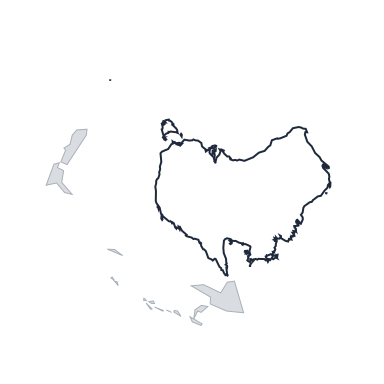 Australia highlighted on a map of Oceania, rotated 164°
{"feature_id": "AUS", "entity_name": "Australia", "entity_type": "country or territory", "adm_level": 0, "iso_a3": "AUS", "parent_name": "Oceania", "parent_adm1": "", "projection": "robinson", "projection_center": [137.073, -32.4], "detail": "fine", "context": "in_parent", "style": "outline", "palette": "slate", "viewbox_px": 384, "rotation_deg": 164, "n_neighbors": 5, "source": "natural_earth", "source_scale": "50m", "svg_char_len": 7338}
<svg xmlns="http://www.w3.org/2000/svg" viewBox="0 0 384 384"><g transform="rotate(164 192 192)"><path d="M175.7,61.7L191.7,68.1L205.3,79.3L203.2,85.9L218.6,102.0L206.3,99.7L192.3,87.1L182.9,95.6L175.8,94.6L175.7,61.7ZM227.5,67.0L228.3,72.6L218.7,62.4L220.0,61.2L227.5,67.0ZM221.5,78.0L214.4,80.4L208.3,77.6L216.4,73.8L219.3,76.1L225.3,69.5L221.5,78.0ZM236.9,75.5L242.5,81.6L241.8,83.0L238.7,81.6L236.9,75.5Z" fill="#d9dde1" stroke="#a8b0b8" stroke-width="1"/><path d="M291.0,128.8L293.7,131.7L292.2,132.3L291.0,128.8ZM291.3,128.0L288.7,126.2L288.7,122.4L291.3,128.0Z" fill="#d9dde1" stroke="#a8b0b8" stroke-width="1"/><path d="M276.2,150.0L289.2,160.4L282.2,158.0L276.2,150.0Z" fill="#d9dde1" stroke="#a8b0b8" stroke-width="1"/><path d="M268.4,101.3L267.4,103.2L265.8,100.1L268.4,101.3ZM264.1,90.6L266.7,97.9L262.6,90.6L264.1,90.6ZM263.7,98.4L259.3,98.0L258.7,95.2L261.6,96.0L263.7,98.4ZM252.8,85.5L259.7,91.7L252.2,86.0L252.8,85.5ZM247.4,84.0L249.2,85.7L244.8,81.9L247.4,84.0Z" fill="#d9dde1" stroke="#a8b0b8" stroke-width="1"/><path d="M330.3,238.7L317.0,256.8L311.5,256.7L314.6,252.6L309.5,247.9L314.6,237.2L307.9,222.8L314.6,226.5L319.7,238.0L330.3,238.7ZM277.9,275.8L304.6,252.8L309.8,257.1L301.9,267.1L303.0,269.5L296.1,271.5L291.4,279.7L285.7,283.4L275.6,281.3L277.9,275.8Z" fill="#d9dde1" stroke="#a8b0b8" stroke-width="1"/><path d="M185.3,108.9L184.9,110.7L186.2,112.4L187.7,121.0L188.6,121.6L190.9,120.4L191.7,121.7L194.5,124.0L195.0,131.4L196.4,133.7L197.1,133.9L198.0,137.6L197.6,140.8L198.9,142.2L199.0,144.3L202.3,146.4L203.6,146.4L204.9,148.3L209.4,151.0L209.9,151.9L209.0,152.4L212.3,157.5L213.3,161.8L213.8,161.6L214.4,162.4L214.7,160.4L216.9,162.4L217.3,161.4L217.9,162.5L218.1,166.9L219.4,168.6L222.3,170.3L226.8,176.9L226.8,178.2L227.8,179.6L227.4,185.8L229.2,191.1L229.3,193.3L226.4,202.8L225.8,207.2L224.0,210.3L223.5,212.3L222.2,213.9L220.6,214.6L218.3,218.0L218.2,219.8L216.3,222.7L215.9,225.2L213.2,229.4L211.6,237.9L209.7,239.1L203.0,239.9L198.7,243.6L196.0,243.9L196.5,244.8L197.0,244.5L196.7,246.0L195.7,244.6L194.8,244.8L194.3,243.6L192.6,243.0L193.3,242.2L193.0,241.5L192.3,241.5L190.8,242.8L189.9,242.0L190.7,242.0L191.6,240.7L190.6,239.8L188.6,241.0L189.7,241.3L184.9,244.4L180.5,242.2L177.5,241.6L176.2,242.1L174.5,240.7L172.0,239.7L169.5,236.5L169.8,233.5L169.3,232.1L166.2,228.1L167.5,228.3L167.5,227.1L164.3,228.4L162.9,228.3L164.3,225.3L164.2,224.0L162.5,221.0L160.8,225.9L157.4,226.4L158.0,224.8L159.6,224.7L160.0,220.9L161.8,218.0L161.5,216.1L162.1,215.6L161.2,213.0L161.3,214.2L158.9,218.3L155.5,220.3L153.2,223.5L153.6,225.1L152.8,224.5L152.2,224.9L150.0,223.1L150.4,222.6L151.4,223.1L150.4,219.9L148.3,216.4L146.5,215.9L145.6,213.8L146.2,213.7L146.2,212.8L143.8,211.1L141.8,211.0L139.9,209.8L137.6,210.1L133.0,207.5L123.7,208.5L116.8,211.4L110.9,211.5L106.1,214.5L103.9,215.2L101.0,219.7L95.3,220.1L94.9,219.5L92.1,219.3L85.6,220.0L84.0,222.0L81.7,222.6L77.5,225.5L71.8,225.1L69.6,224.1L67.7,222.3L65.3,221.4L64.9,217.7L66.5,218.3L67.7,216.1L67.3,208.5L64.3,202.8L62.9,195.6L59.7,190.3L58.9,186.6L54.9,180.7L55.6,181.0L55.7,180.2L56.8,182.6L57.9,182.3L57.9,181.4L55.7,178.3L55.9,177.7L57.1,178.9L57.3,180.4L57.8,179.8L58.5,181.4L58.9,181.8L59.4,181.2L59.3,179.0L55.5,171.9L55.7,169.0L56.8,166.7L56.9,164.2L56.3,162.8L57.7,159.0L58.1,158.7L58.3,162.0L59.3,161.3L60.7,158.7L63.9,157.0L69.2,152.8L72.2,153.1L78.1,150.8L79.6,149.5L81.7,149.7L87.8,147.5L89.3,146.1L91.3,141.8L93.6,140.0L92.6,137.1L93.1,135.0L96.1,131.5L98.8,137.0L98.9,134.5L100.0,135.0L100.2,133.9L98.4,131.8L99.0,131.4L98.9,130.4L99.4,130.3L100.0,131.2L100.8,130.6L104.1,131.3L102.4,130.8L103.5,128.7L102.8,129.2L102.3,128.1L102.5,126.8L103.1,126.8L103.6,125.6L105.3,126.5L105.3,125.8L104.6,125.8L104.3,125.1L105.1,124.3L106.5,124.9L105.7,122.8L107.5,121.7L107.7,120.5L107.8,121.9L108.5,121.6L108.9,122.3L109.4,121.7L109.5,119.1L110.5,120.0L111.1,119.3L111.8,120.0L113.3,117.9L115.7,119.4L119.1,123.0L118.5,125.9L118.9,125.4L119.3,125.8L119.0,124.5L120.7,123.1L122.9,123.7L123.6,125.1L123.8,123.6L125.4,125.0L125.4,123.5L126.3,123.4L125.3,122.5L125.7,122.0L124.2,121.2L125.7,119.1L126.3,117.1L128.1,115.7L127.7,114.0L128.7,112.6L129.7,112.4L129.7,111.3L130.8,111.9L130.8,111.0L132.6,109.5L133.3,110.5L136.9,110.1L137.6,110.6L138.0,109.8L138.9,109.7L138.7,107.4L135.0,105.6L135.6,105.0L136.4,105.7L137.2,105.2L138.8,106.6L140.0,106.1L141.0,107.6L146.5,109.4L147.9,109.0L149.2,110.1L150.0,110.2L153.1,108.2L152.2,110.2L153.5,110.1L153.8,111.3L154.6,111.3L154.7,109.8L155.9,108.9L157.7,110.9L155.9,113.1L156.1,114.2L155.5,115.3L154.8,114.9L153.2,115.7L153.3,118.9L150.9,123.0L151.1,123.9L154.8,127.1L156.6,127.7L157.0,128.8L157.9,128.7L161.0,130.5L163.4,132.9L166.7,133.8L167.8,136.0L171.2,137.9L173.3,137.5L174.7,136.4L177.3,129.7L178.3,124.5L177.7,118.2L178.4,115.5L178.3,113.9L179.7,112.9L178.6,111.6L178.6,110.9L179.5,109.0L179.9,109.4L180.8,103.8L182.1,102.6L182.7,102.8L182.5,103.4L183.5,104.7L183.9,108.2L185.3,108.9ZM189.5,253.7L191.8,254.2L196.0,256.1L197.6,255.7L198.1,256.2L198.7,255.3L200.6,255.3L202.8,254.2L203.8,254.6L203.9,261.4L203.5,260.2L202.6,261.6L202.1,263.6L202.2,266.1L201.4,266.4L200.9,265.4L201.6,264.9L200.7,264.5L200.1,265.5L199.6,264.2L199.3,266.4L198.3,266.1L198.6,266.7L197.7,268.3L194.3,268.0L194.2,267.2L195.1,266.9L193.7,266.8L192.2,264.9L191.2,261.5L192.2,262.8L192.5,262.1L191.7,261.0L191.3,261.3L191.4,260.4L189.6,257.3L189.2,255.2L189.5,253.7ZM129.6,106.0L132.5,105.0L133.7,106.3L131.1,108.8L129.2,107.2L128.6,105.1L129.6,106.0ZM160.4,228.9L161.8,228.8L162.6,229.5L160.7,229.7L159.8,230.6L156.9,230.4L156.0,229.7L156.4,228.9L159.3,228.2L160.4,228.3L160.4,228.9ZM156.6,118.2L157.4,118.1L156.8,119.6L157.7,120.1L157.4,120.7L155.0,120.3L155.4,118.5L156.4,117.6L156.6,118.2ZM227.5,178.5L227.1,177.5L227.4,175.7L228.3,174.8L227.9,173.8L228.4,173.4L228.8,175.0L227.5,178.5ZM203.2,249.1L204.3,250.3L204.4,251.2L203.5,251.6L202.2,249.7L203.2,249.1ZM128.2,105.8L129.6,108.2L127.1,108.1L128.2,105.8ZM186.4,250.9L186.0,249.8L186.7,248.2L187.3,250.1L186.4,250.9ZM169.8,131.9L168.6,132.6L167.4,133.1L168.0,131.7L169.3,131.3L169.8,131.9ZM54.9,180.0L53.9,178.7L53.7,177.4L53.9,177.3L54.9,180.0ZM204.4,251.9L204.9,252.5L204.6,252.8L203.1,252.2L204.4,251.9ZM218.9,167.3L219.8,167.3L219.8,168.5L218.9,167.3ZM198.6,140.6L198.9,141.4L198.7,141.8L197.8,140.7L198.6,140.6ZM199.4,266.7L199.5,267.8L198.7,267.4L199.4,266.7ZM229.2,187.0L228.7,188.4L228.7,186.9L229.2,187.0ZM138.4,105.6L137.9,104.3L138.3,103.9L138.5,104.9L138.4,105.6ZM156.8,105.1L155.8,106.3L156.9,104.1L156.8,105.1ZM228.8,186.4L228.5,185.5L228.8,185.0L228.8,186.4ZM158.3,128.2L157.6,127.9L157.9,127.3L158.2,127.6L158.3,128.2ZM154.7,118.2L154.0,118.3L154.4,117.5L154.7,118.2ZM63.6,152.9L63.4,153.9L63.1,153.8L63.6,152.9ZM181.3,102.6L180.9,102.9L180.6,102.3L180.9,102.0L181.3,102.6ZM193.0,242.1L192.4,242.4L192.2,242.2L192.3,241.9L193.0,242.1ZM239.9,322.0L239.4,322.8L240.0,321.5L239.9,322.0ZM155.6,106.7L154.3,107.5L155.6,106.4L155.6,106.7ZM105.8,121.6L105.3,122.2L105.6,121.5L105.8,121.6ZM200.0,266.5L199.5,266.1L199.7,265.7L199.9,265.9L200.0,266.5ZM169.2,134.8L168.5,134.8L168.9,134.3L169.2,134.8ZM103.2,126.1L102.9,126.4L102.9,125.6L103.2,126.1ZM191.9,242.6L192.5,243.1L191.5,242.9L191.9,242.6ZM214.3,160.3L214.0,160.3L214.2,159.8L214.3,160.3ZM189.8,252.9L189.6,253.3L189.5,252.7L189.8,252.9Z" fill="none" stroke="#1e293b" stroke-width="2"/></g></svg>